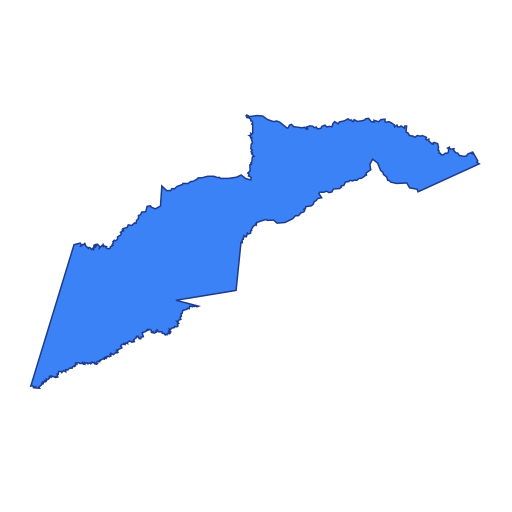 outline of La Montañita, Caquetá, Colombia, rotated 93°
{"feature_id": "7082276B18236401251587", "entity_name": "La Montañita", "entity_type": "district", "adm_level": 2, "iso_a3": "COL", "parent_name": "Colombia", "parent_adm1": "Caquetá", "projection": "robinson", "projection_center": [-75.265, 1.373], "detail": "fine", "context": "isolated", "style": "filled", "palette": "blue", "viewbox_px": 512, "rotation_deg": 93, "n_neighbors": 0, "source": "geoboundaries", "source_scale": "gbopen_adm2", "svg_char_len": 6126}
<svg xmlns="http://www.w3.org/2000/svg" viewBox="0 0 512 512"><g transform="rotate(93 256 256)"><path d="M115.7,272.6L116.3,273.2L118.3,272.3L118.2,270.8L119.5,268.6L121.3,268.2L121.4,267.1L123.4,266.2L124.4,267.2L125.2,266.2L133.5,265.7L134.3,266.4L133.8,267.5L135.1,267.0L136.1,269.1L136.6,267.8L138.2,267.5L138.0,266.4L139.6,266.7L143.0,265.4L144.7,266.6L149.2,266.8L150.3,265.2L152.2,266.4L153.2,264.9L154.2,265.7L156.5,263.1L157.3,264.8L162.5,265.1L163.4,266.1L164.4,265.2L165.3,266.9L171.3,266.3L173.6,268.6L174.7,267.1L176.5,267.7L177.1,265.7L178.2,264.9L180.3,265.3L179.2,270.3L175.9,275.1L178.3,279.5L179.9,287.1L180.4,295.4L179.4,296.8L179.7,298.5L178.6,302.2L178.9,308.5L180.7,313.9L181.0,317.9L182.5,319.1L184.8,322.8L185.0,325.0L187.2,327.7L187.3,332.7L188.4,333.2L190.7,338.5L193.2,340.9L193.0,343.4L195.2,344.7L195.4,348.6L191.0,353.7L211.1,354.0L214.2,359.0L212.7,363.1L211.4,364.0L212.1,367.3L217.6,368.5L218.1,372.4L220.8,373.4L221.8,375.5L224.8,375.3L226.7,377.1L229.7,377.5L229.3,379.1L232.0,381.6L231.6,385.2L234.2,386.1L235.7,390.4L237.3,389.7L237.3,390.7L238.0,390.1L239.4,392.6L240.5,391.7L242.0,392.1L244.2,395.3L246.0,395.1L247.5,396.1L248.2,397.5L247.7,398.4L249.3,399.7L250.2,399.1L252.5,400.3L253.0,399.6L254.4,401.9L255.8,402.0L256.5,403.3L256.2,405.0L255.4,406.4L254.4,405.8L254.1,408.1L252.7,409.1L254.3,409.2L253.5,410.3L256.3,412.7L254.8,412.5L252.5,415.0L253.0,417.0L253.8,416.3L253.8,417.3L254.5,417.1L254.4,416.2L255.7,416.9L254.4,418.4L258.0,418.5L256.9,419.6L258.2,420.5L256.3,422.3L256.3,423.6L257.1,423.8L254.9,426.5L251.8,427.9L253.5,427.8L253.5,429.6L255.0,430.6L255.2,431.6L254.2,431.0L252.3,432.2L254.2,438.3L397.7,474.1L397.2,472.1L398.9,471.4L398.3,469.9L399.2,470.6L399.4,465.2L398.2,466.0L396.2,463.6L394.3,463.2L395.0,462.4L394.5,461.3L394.4,462.6L393.0,462.2L393.5,461.5L392.5,461.0L392.6,460.1L391.6,460.4L392.0,459.0L389.9,459.1L390.6,458.2L389.7,456.7L387.3,455.9L388.2,455.5L386.6,454.3L387.6,453.8L386.8,453.0L387.8,449.7L387.4,448.3L386.9,449.3L386.5,447.8L384.3,448.3L384.4,447.3L381.7,447.1L381.6,444.3L382.5,443.8L380.5,442.1L381.6,439.9L379.4,440.1L379.7,438.0L377.8,436.5L377.6,433.7L376.3,433.6L375.7,431.8L374.6,431.9L375.7,431.3L374.9,430.4L372.7,430.7L373.2,429.4L372.2,429.8L371.9,427.1L372.6,426.2L372.3,423.9L371.5,423.5L373.0,422.9L373.1,421.9L372.4,422.8L371.3,421.4L372.0,420.7L371.6,418.5L372.5,418.2L371.3,415.9L372.3,415.3L370.5,414.2L371.2,413.1L370.7,411.9L372.1,411.5L372.4,409.5L371.8,408.7L371.0,410.0L370.1,409.5L369.1,407.5L369.8,407.6L369.7,406.6L368.1,406.0L368.6,405.1L368.0,405.6L366.7,403.3L367.0,402.1L365.5,402.1L366.2,400.4L364.9,399.6L364.7,400.7L363.8,398.6L364.5,396.6L363.9,397.2L363.4,395.6L362.5,396.0L362.6,397.0L361.7,395.4L361.5,396.4L360.7,396.0L362.0,393.3L359.8,391.0L360.1,389.0L359.5,389.8L359.4,389.0L358.7,389.6L357.2,388.8L357.1,389.8L354.9,385.3L354.1,385.2L353.3,386.4L351.4,385.6L351.2,383.9L350.2,383.5L351.4,382.2L349.7,381.5L350.2,379.7L349.3,380.1L347.5,377.9L348.1,376.6L347.6,374.1L348.3,374.6L347.9,373.0L346.1,373.8L343.5,370.8L342.5,371.2L342.2,369.6L344.6,368.3L344.7,366.8L343.1,366.6L342.5,364.3L338.5,365.6L337.1,362.1L335.0,360.6L335.0,359.7L335.8,360.1L334.9,358.2L335.5,356.8L337.1,356.6L337.3,355.0L337.9,355.7L338.3,353.4L337.2,351.5L336.3,352.0L336.2,350.8L335.2,350.8L336.8,349.4L336.7,346.0L338.0,345.6L338.2,343.8L339.6,342.5L338.8,341.3L339.2,340.8L338.1,340.5L338.1,338.2L337.2,337.4L336.5,338.8L336.0,337.7L335.4,339.0L334.7,338.2L333.6,338.7L334.2,337.6L332.5,336.5L331.7,333.7L330.7,333.6L330.8,331.2L330.0,330.3L327.7,330.8L327.2,329.7L325.3,331.7L325.3,330.3L323.9,329.5L323.2,327.7L321.0,328.6L320.1,327.3L317.7,327.9L317.2,326.8L314.2,326.2L312.8,322.1L311.7,321.6L312.1,319.9L309.4,319.4L310.0,316.6L309.0,316.2L309.7,314.9L309.0,314.0L309.8,312.4L309.1,310.8L304.4,333.7L291.4,274.1L243.1,271.7L243.4,270.4L240.8,270.8L240.0,269.6L238.0,269.7L237.3,268.1L236.5,268.6L237.2,266.6L233.6,265.8L234.4,264.8L233.4,262.6L231.0,262.6L230.7,261.7L230.0,262.1L226.0,260.1L225.5,258.6L224.0,257.9L224.7,257.3L222.5,257.1L219.1,248.4L219.8,246.3L219.2,240.3L222.1,236.7L221.0,228.8L216.9,221.4L213.7,218.7L213.5,215.7L210.7,213.5L209.3,210.5L208.0,209.7L206.8,210.6L206.2,209.1L204.2,209.0L202.9,203.1L200.9,201.3L198.8,200.9L197.5,198.8L195.4,197.5L194.4,193.5L190.2,196.6L188.9,195.5L188.8,191.6L187.6,189.0L188.9,186.2L188.0,183.5L185.0,182.2L184.3,176.2L182.9,174.4L181.7,174.7L180.8,171.9L177.5,170.6L176.8,167.3L175.5,166.1L176.0,163.3L175.1,162.2L175.1,159.1L173.2,157.4L173.0,155.1L170.5,151.5L169.4,151.2L169.5,150.0L167.3,150.3L163.8,145.9L158.6,147.1L153.2,144.6L156.8,139.4L163.9,136.1L166.1,133.4L167.9,133.0L170.3,129.6L173.4,128.5L174.0,126.3L175.1,125.5L176.2,119.7L175.2,109.2L179.9,106.2L180.9,98.6L183.4,97.5L152.3,37.9L150.9,40.5L149.4,39.5L140.9,45.0L141.1,45.8L142.5,45.4L141.8,47.3L143.2,50.0L145.1,51.1L145.6,53.6L144.9,58.3L142.7,60.0L142.5,61.8L140.1,64.2L138.5,63.9L139.1,66.8L138.4,68.6L137.2,68.6L138.2,70.3L138.7,69.4L141.4,69.2L143.3,69.9L143.4,72.3L145.3,74.5L145.2,76.6L143.8,77.0L143.7,78.6L141.1,78.8L140.7,79.8L137.9,79.4L134.3,80.5L133.2,84.2L133.9,85.1L134.9,84.7L135.1,85.8L132.2,89.4L130.2,89.5L131.2,91.6L130.5,92.6L128.6,92.0L127.0,96.3L127.7,97.5L127.3,101.3L129.2,103.7L128.0,105.6L127.7,109.0L125.2,110.6L124.3,112.7L118.3,112.4L118.4,114.2L120.5,114.6L118.5,118.0L119.7,119.3L119.6,121.2L117.9,122.1L119.8,124.3L117.8,124.7L115.6,128.5L114.9,130.4L115.6,132.9L115.1,134.3L112.6,134.3L113.3,138.5L115.5,140.5L114.3,145.3L116.0,145.1L115.7,148.2L112.7,150.7L113.2,153.6L114.5,154.6L115.4,157.2L116.3,161.8L114.7,165.1L116.5,165.6L116.6,166.8L115.2,167.6L115.5,169.6L114.2,171.3L116.4,174.8L117.7,179.7L119.7,180.9L117.7,184.5L119.6,186.0L123.0,186.9L122.7,189.7L123.5,191.9L121.7,194.0L123.1,197.0L125.1,197.9L125.8,201.3L124.0,202.6L124.8,204.2L123.4,206.3L123.3,209.1L124.6,212.4L126.4,211.1L126.9,211.8L124.9,214.5L125.6,216.6L124.9,225.0L122.7,227.6L123.6,229.5L126.3,230.5L126.6,231.7L121.1,239.3L120.1,242.4L120.9,245.4L119.1,251.7L115.9,256.6L115.7,262.3L117.1,269.6L115.7,272.6Z" fill="#3b82f6" stroke="#1e3a8a" stroke-width="1.5"/></g></svg>